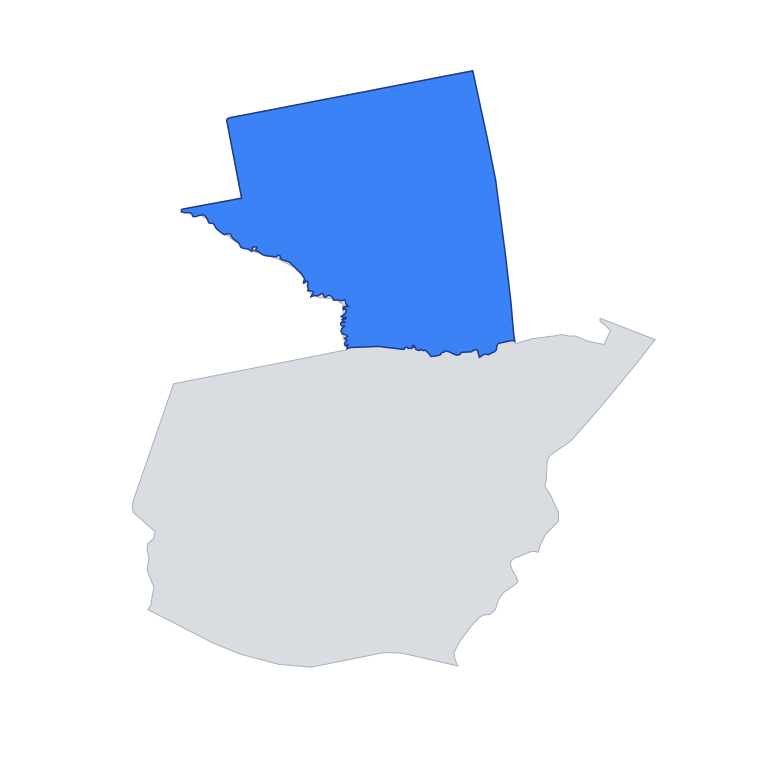 Petén highlighted on a map of Guatemala, rotated 349°
{"feature_id": "GTM-1944", "entity_name": "Petén", "entity_type": "Department", "adm_level": 1, "iso_a3": "GTM", "parent_name": "Guatemala", "parent_adm1": "", "projection": "mercator", "projection_center": [-90.264, 16.829], "detail": "fine", "context": "in_parent", "style": "filled", "palette": "blue", "viewbox_px": 768, "rotation_deg": 349, "n_neighbors": 0, "source": "natural_earth", "source_scale": "10m", "svg_char_len": 5195}
<svg xmlns="http://www.w3.org/2000/svg" viewBox="0 0 768 768"><g transform="rotate(349 384 384)"><path d="M109.2,560.4L112.8,556.8L115.8,548.4L119.5,539.8L117.3,529.8L115.9,521.7L120.1,509.9L119.7,501.1L121.7,495.6L127.9,492.1L131.2,485.4L113.4,462.2L113.4,456.9L115.8,450.3L130.2,425.5L147.3,395.9L166.2,363.2L177.6,343.6L219.1,343.5L246.6,343.5L281.4,343.5L319.3,343.4L344.2,343.4L354.5,343.2L352.7,330.4L354.0,316.3L358.6,303.4L358.6,297.7L351.2,290.8L336.8,286.8L328.8,280.6L328.8,272.8L325.3,263.4L318.3,252.4L303.9,241.0L281.9,229.5L263.3,213.9L247.9,194.4L234.8,181.9L224.8,176.6L222.4,173.8L251.8,174.1L279.6,174.3L279.8,146.3L279.9,121.3L280.1,93.2L330.5,93.2L390.6,93.3L453.0,93.3L502.0,93.4L530.8,93.4L529.5,128.3L528.0,168.7L526.8,198.4L525.3,237.9L523.8,278.3L521.7,333.2L520.4,368.6L521.0,369.5L537.4,367.8L561.6,369.3L567.5,369.2L574.9,372.3L580.6,373.2L592.9,381.2L607.4,387.2L616.6,375.0L611.7,367.7L608.1,363.9L608.6,360.7L658.8,392.2L652.9,397.1L640.1,408.3L617.0,427.5L596.2,444.7L576.3,460.3L558.3,474.3L556.2,475.7L533.4,485.7L529.6,490.3L524.7,510.0L522.4,514.9L526.6,525.9L530.7,542.9L529.4,551.7L513.6,562.6L506.4,572.4L503.2,578.7L500.4,577.1L495.5,576.6L484.2,579.1L478.8,579.6L474.3,582.4L473.8,588.5L476.8,598.4L477.9,603.5L474.7,605.8L460.9,611.8L455.4,617.6L450.2,626.7L444.1,630.5L437.7,629.8L433.2,631.2L423.6,638.0L409.2,651.2L401.4,661.0L401.3,668.3L402.7,674.8L350.1,651.6L332.5,647.6L258.6,648.1L226.9,639.0L190.7,621.4L166.3,605.3L109.2,560.4Z" fill="#d9dde1" stroke="#a8b0b8" stroke-width="1"/><path d="M532.3,164.4L532.5,205.3L530.2,242.5L527.7,282.7L526.5,297.5L524.3,327.0L520.8,360.0L520.6,366.9L520.4,366.7L519.7,366.2L516.5,365.7L503.8,366.0L502.3,367.6L501.4,370.0L501.1,370.9L501.0,371.4L500.7,371.9L500.2,372.4L498.6,373.4L494.5,374.4L492.8,375.2L491.7,375.1L489.4,373.8L486.5,374.4L482.8,376.1L482.7,376.1L482.2,368.5L482.1,368.2L481.5,368.0L480.7,367.9L478.8,368.0L477.9,368.1L477.3,368.3L477.0,368.6L476.7,368.7L476.4,368.9L476.0,369.0L475.4,369.0L467.0,367.8L466.0,367.9L464.4,369.2L464.1,369.4L463.7,369.5L463.0,369.7L461.2,369.6L460.5,369.4L459.7,369.0L456.9,367.0L454.7,365.2L454.3,365.0L451.1,363.4L450.7,363.3L450.3,363.3L449.8,363.7L449.0,364.1L448.6,364.2L447.4,364.1L447.0,364.1L446.7,364.2L446.4,364.4L446.2,364.6L445.6,365.5L445.4,365.7L445.3,365.8L445.0,366.0L444.3,366.2L439.7,366.4L437.5,366.1L437.0,366.1L436.5,366.1L436.1,366.2L435.6,366.0L435.1,365.6L434.5,364.3L434.3,363.6L433.9,362.8L432.1,360.3L431.7,359.5L431.2,358.9L430.9,358.7L430.1,358.8L428.9,358.7L426.5,357.0L425.9,357.7L425.5,357.8L424.0,357.5L421.6,355.7L422.0,354.7L421.9,354.4L421.7,354.2L421.3,353.9L421.1,353.6L421.2,353.4L421.2,353.2L421.3,352.9L421.3,352.5L421.1,352.2L420.8,352.0L419.8,351.6L419.5,351.5L419.3,351.6L419.2,352.0L419.5,353.1L419.6,353.4L419.6,353.6L419.2,353.9L418.1,354.1L417.7,354.3L417.3,354.3L417.0,354.3L416.5,353.6L416.3,353.6L415.9,353.6L415.1,353.8L414.6,353.7L414.2,353.2L414.1,352.7L413.8,352.3L413.2,352.1L411.7,352.4L411.1,352.7L410.7,353.1L410.6,353.4L410.5,353.6L410.3,353.8L409.4,353.7L386.0,346.1L358.1,341.8L354.4,342.2L354.9,341.5L355.8,339.5L356.2,338.3L355.4,338.6L355.1,338.7L354.8,338.8L354.3,339.3L353.3,339.3L352.8,336.9L356.1,334.1L354.3,332.4L354.3,331.5L357.3,330.3L356.4,328.9L352.4,326.6L351.9,323.9L352.9,321.9L354.6,320.6L356.2,319.8L354.3,319.1L353.0,318.0L352.8,316.6L354.3,314.9L354.9,315.5L355.3,315.7L357.1,315.9L356.6,315.2L355.8,313.6L355.3,312.8L355.9,312.9L356.1,312.7L356.1,312.3L356.2,312.0L357.0,312.5L358.1,312.8L359.0,312.5L359.0,311.0L358.2,311.3L356.2,310.6L354.8,309.5L355.7,309.0L358.3,308.2L360.3,306.2L361.1,303.9L359.9,302.1L359.0,302.1L359.0,303.2L358.1,303.2L358.4,301.1L359.7,300.4L361.6,300.5L363.7,301.1L362.1,298.5L361.9,297.6L361.9,295.8L361.6,293.7L360.8,293.5L359.6,294.1L358.1,294.3L357.3,293.9L356.2,293.2L354.8,292.6L350.5,292.1L350.2,291.2L350.3,290.0L349.6,288.4L348.8,287.6L347.5,286.7L346.0,286.3L342.7,287.9L341.8,286.6L341.2,283.5L339.9,283.5L336.3,284.6L335.6,285.0L334.8,284.5L332.8,284.1L330.6,284.0L328.9,284.5L329.7,283.2L330.9,282.1L331.8,281.1L331.8,279.6L330.2,278.6L328.1,278.4L326.9,277.9L328.0,275.7L327.5,273.4L328.4,271.0L328.9,269.0L327.0,267.8L326.6,268.8L326.1,269.3L325.4,269.5L324.3,269.7L324.3,268.8L326.1,265.5L324.2,260.3L314.9,246.9L312.9,245.3L308.0,242.8L306.0,241.1L306.5,239.4L306.5,238.4L304.6,237.3L303.3,238.4L301.7,238.4L292.3,235.5L289.7,234.0L285.7,229.9L282.9,228.5L285.1,226.2L284.8,225.0L282.9,224.7L280.5,224.7L280.3,225.3L280.8,226.6L280.9,227.9L279.6,228.5L278.8,228.1L277.1,226.3L276.3,225.6L271.1,223.7L269.5,222.3L268.8,219.3L268.1,217.8L263.2,211.9L262.7,210.6L262.0,207.9L261.3,207.0L259.8,206.7L256.5,207.1L255.1,206.5L250.3,201.2L249.0,199.2L248.4,197.7L247.7,195.2L247.1,194.2L245.9,193.4L243.1,192.7L242.5,191.8L242.3,189.5L241.5,187.0L240.3,184.7L238.8,183.4L235.0,183.2L231.4,183.8L228.6,183.3L227.5,179.9L225.4,178.7L221.1,177.8L217.9,176.4L218.5,174.1L219.2,174.0L219.5,173.9L279.7,174.4L279.8,134.8L279.9,95.3L281.0,94.0L283.8,93.2L289.7,93.2L319.9,93.3L350.0,93.3L380.2,93.3L410.3,93.4L440.5,93.4L470.6,93.4L500.8,93.4L530.9,93.5L531.5,124.6L532.3,164.4Z" fill="#3b82f6" stroke="#1e3a8a" stroke-width="1.5"/></g></svg>